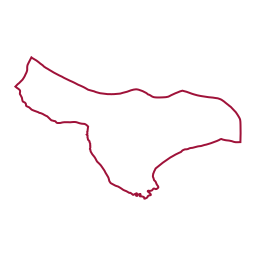 Si Chiang Mai, Nong Khai, Thailand (Mercator projection)
{"feature_id": "78962969B28674959070038", "entity_name": "Si Chiang Mai", "entity_type": "district", "adm_level": 2, "iso_a3": "THA", "parent_name": "Thailand", "parent_adm1": "Nong Khai", "projection": "mercator", "projection_center": [102.502, 17.934], "detail": "fine", "context": "isolated", "style": "outline", "palette": "rose", "viewbox_px": 256, "rotation_deg": 0, "n_neighbors": 0, "source": "geoboundaries", "source_scale": "gbopen_adm2", "svg_char_len": 5368}
<svg xmlns="http://www.w3.org/2000/svg" viewBox="0 0 256 256"><path d="M129.3,192.9L129.7,192.8L130.1,192.8L130.5,192.9L131.5,193.6L132.6,194.5L133.0,194.8L133.3,194.8L133.5,194.8L133.8,194.7L134.2,194.4L134.3,194.3L135.3,193.9L136.3,193.4L136.5,193.3L136.8,193.4L136.9,193.5L136.9,193.8L136.8,194.0L136.2,194.6L136.0,194.8L136.0,195.1L136.0,195.3L136.2,195.7L136.4,195.8L136.5,195.8L136.8,195.9L137.0,195.9L137.3,195.8L137.4,195.7L137.5,195.5L137.6,195.1L137.7,194.9L137.9,194.7L138.5,194.5L139.4,194.1L139.9,194.0L140.1,194.0L140.3,194.0L140.5,194.3L140.5,194.7L140.5,194.8L140.4,194.9L140.3,195.0L140.0,195.3L139.9,195.6L139.8,195.8L139.8,196.0L140.1,196.3L140.4,196.3L140.7,196.3L141.2,196.3L141.5,196.3L142.2,196.5L143.1,196.8L143.6,196.9L143.8,197.1L144.0,197.3L144.1,197.5L144.2,198.2L144.3,198.4L144.4,198.6L144.5,198.6L144.8,198.6L145.0,198.6L146.6,197.9L147.0,197.6L147.2,197.4L147.4,197.1L147.5,197.0L147.7,196.3L147.8,196.2L149.0,195.5L149.6,195.3L150.4,195.2L150.6,195.1L150.8,194.9L150.8,194.6L150.7,194.3L150.5,194.0L150.4,193.8L150.2,193.5L149.5,192.9L148.1,191.7L147.8,191.4L147.8,191.1L147.9,190.9L148.2,190.8L148.5,190.7L149.0,190.9L149.6,190.9L150.0,190.9L150.6,190.8L151.1,190.7L151.6,190.5L151.9,190.4L152.1,190.2L152.6,189.7L153.3,188.8L153.4,188.7L153.6,188.6L154.0,188.6L154.3,188.6L154.7,188.7L155.3,189.0L155.8,189.1L156.2,189.0L156.5,189.0L156.8,188.8L157.1,188.6L157.3,188.5L157.9,188.0L158.0,187.8L158.2,187.6L158.2,187.4L158.3,187.3L158.3,187.1L158.2,186.8L158.2,186.6L158.0,186.2L157.5,185.5L156.7,184.4L156.6,184.0L156.2,183.2L155.9,182.3L155.5,181.6L155.3,181.3L154.3,180.4L154.1,180.2L153.9,179.5L153.4,177.8L153.1,177.2L153.0,176.9L152.9,176.4L152.9,176.1L152.9,175.9L153.0,175.3L153.2,174.0L153.2,173.8L153.3,173.5L153.5,173.2L154.2,171.3L154.9,170.0L155.4,168.9L155.6,168.5L156.2,168.0L159.7,165.2L162.8,162.7L170.3,157.5L172.3,156.4L175.6,154.5L179.1,152.8L180.9,152.0L181.5,151.4L182.4,150.5L183.1,150.1L183.8,149.8L184.8,149.4L185.5,149.3L186.4,149.3L187.1,149.2L188.0,149.0L188.8,148.6L189.8,148.2L190.8,148.0L192.6,147.8L194.1,147.4L196.0,146.9L197.9,146.4L198.6,146.3L199.3,146.2L200.4,146.1L201.5,145.9L203.4,145.3L204.4,145.0L206.3,144.6L210.9,143.2L217.1,140.9L219.1,140.0L220.1,139.4L221.2,139.0L221.6,139.1L222.9,139.6L224.2,139.9L225.1,140.1L226.3,140.3L229.1,140.6L231.6,141.1L234.0,141.9L235.7,142.2L237.7,142.2L240.4,142.1L240.6,133.3L240.5,124.8L240.4,121.8L240.2,120.2L240.1,119.6L239.7,118.5L238.9,117.0L237.5,114.7L235.8,112.2L233.7,110.0L230.7,106.8L229.5,106.0L229.5,105.9L225.7,102.9L223.9,101.4L221.4,99.7L219.8,99.0L217.7,98.3L215.4,98.0L212.9,97.6L208.6,97.2L206.0,96.8L201.4,96.1L199.2,95.7L197.3,95.3L194.0,94.4L191.8,93.7L186.6,91.8L182.4,90.7L180.0,91.4L177.6,92.4L175.3,93.3L171.2,95.2L169.1,96.3L168.2,96.7L166.2,97.1L165.4,97.2L161.9,97.4L157.9,97.5L155.7,97.4L154.0,97.2L153.0,96.9L151.9,96.4L150.7,95.6L149.5,94.9L148.0,94.4L147.2,93.7L146.3,93.0L142.6,91.1L138.6,89.7L137.1,89.4L136.1,89.3L133.7,89.6L131.0,90.3L127.2,91.7L122.9,92.8L120.2,93.6L116.7,93.9L114.2,94.1L111.2,94.2L109.5,94.1L107.4,94.1L100.0,93.2L96.0,92.1L94.0,91.3L91.3,90.6L88.1,89.7L85.9,88.4L84.3,87.5L82.7,86.7L80.5,85.7L78.1,84.7L76.4,83.8L74.5,82.8L72.2,81.7L69.9,80.7L67.0,79.3L64.1,77.9L61.8,76.6L59.4,75.5L55.2,73.3L53.7,72.5L51.4,71.1L49.5,70.0L47.6,68.8L46.1,68.0L44.0,66.6L42.7,65.3L40.2,63.5L38.8,62.3L36.4,60.5L32.2,58.0L31.4,57.4L28.6,62.8L27.6,64.9L27.3,66.1L27.2,67.4L27.2,68.9L27.2,70.0L27.0,70.8L26.7,71.8L26.3,72.8L25.4,74.6L24.7,76.2L23.7,77.9L22.5,79.7L22.1,80.1L20.5,81.7L18.9,83.3L17.7,84.2L15.4,86.6L16.7,87.7L18.2,88.7L19.4,89.7L19.7,90.1L19.9,90.4L20.0,90.6L20.1,91.5L19.9,93.2L19.9,94.0L20.6,95.2L21.7,97.3L22.0,98.1L22.2,99.5L22.4,100.4L22.6,101.0L22.8,101.5L23.2,101.7L24.5,102.4L24.9,102.6L25.4,103.1L25.9,104.0L26.0,105.2L26.1,105.5L26.3,105.9L26.4,106.1L29.2,107.4L31.6,109.6L32.4,110.0L34.1,110.7L38.5,112.3L39.0,112.7L39.5,112.9L40.6,113.1L42.6,113.9L44.3,114.9L46.2,115.9L47.2,116.3L47.3,116.4L50.8,119.8L51.4,120.3L51.7,120.4L52.3,120.5L53.0,120.7L53.6,120.9L55.1,121.2L55.5,121.4L56.3,122.4L56.7,122.7L57.1,122.9L57.6,123.0L59.4,123.0L60.7,122.9L61.7,122.6L62.7,122.4L63.5,122.3L64.3,122.2L65.4,122.2L67.9,122.2L70.1,122.3L72.0,122.1L73.7,122.0L75.0,122.0L76.4,122.2L79.8,123.3L80.8,123.5L81.8,123.7L84.4,123.9L84.8,124.0L85.0,124.1L86.4,124.9L86.6,125.1L87.5,125.9L87.7,126.2L88.1,126.5L87.6,130.3L87.5,131.4L87.5,131.6L87.4,131.8L87.2,131.9L87.4,133.7L87.4,134.0L87.2,134.3L86.9,134.4L86.8,134.5L86.7,134.6L86.8,134.7L86.9,134.9L87.5,135.5L87.6,135.8L87.5,136.7L87.5,137.6L87.6,137.8L87.8,138.1L87.8,138.6L88.0,139.5L88.1,139.8L88.3,140.0L88.6,140.2L88.8,140.4L88.9,140.6L89.0,140.7L89.1,140.9L89.3,141.0L89.5,141.3L89.6,142.3L89.7,142.6L90.2,143.6L90.2,144.4L90.1,144.9L90.1,145.0L90.3,145.3L90.3,145.5L90.2,145.8L90.2,146.5L90.3,146.8L90.4,147.0L90.3,147.3L90.2,148.0L90.0,148.6L89.9,148.9L89.9,149.0L90.0,149.1L90.3,149.5L90.5,150.7L90.6,151.2L90.8,151.7L91.0,152.1L92.3,154.3L94.1,156.5L94.9,157.6L95.7,159.0L96.5,160.6L97.2,161.7L99.1,163.5L100.8,165.3L102.2,167.3L103.5,169.2L104.5,170.7L105.5,172.7L107.2,175.5L108.2,177.2L108.6,178.2L108.9,179.3L109.2,180.6L109.5,181.4L110.2,182.4L110.7,183.1L111.4,183.5L112.7,184.2L115.5,185.7L117.3,186.3L118.0,186.5L119.9,187.6L121.6,188.7L123.3,189.9L124.6,190.5L126.4,191.2L129.3,192.9Z" fill="none" stroke="#9f1239" stroke-width="2"/></svg>